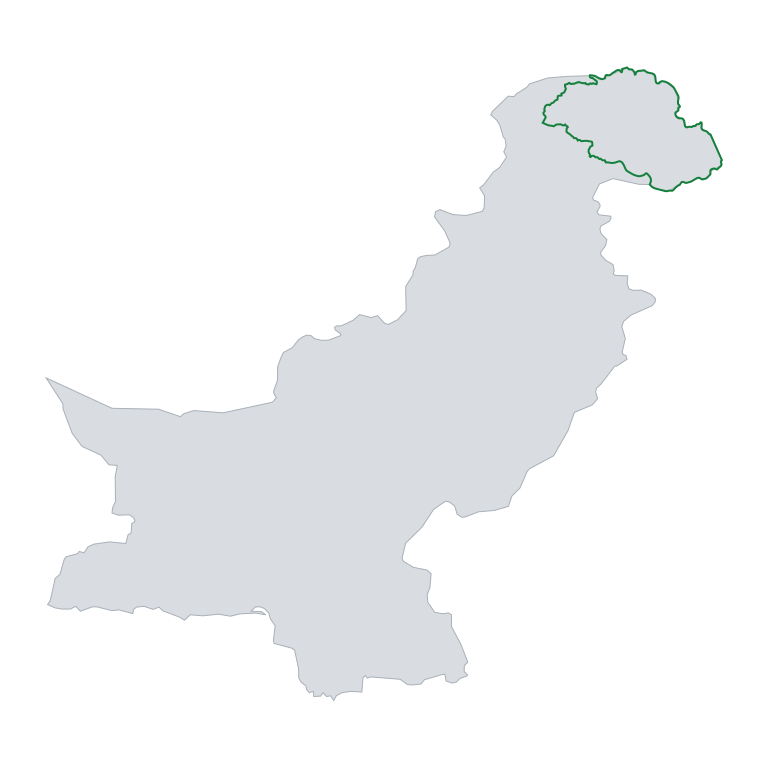 location of Northern Areas within Pakistan
{"feature_id": "PAK-1111", "entity_name": "Northern Areas", "entity_type": "Centrally Administered Area", "adm_level": 1, "iso_a3": "PAK", "parent_name": "Pakistan", "parent_adm1": "", "projection": "albers", "projection_center": [74.17, 35.776], "detail": "fine", "context": "in_parent", "style": "outline", "palette": "green", "viewbox_px": 768, "rotation_deg": 0, "n_neighbors": 0, "source": "natural_earth", "source_scale": "10m", "svg_char_len": 9391}
<svg xmlns="http://www.w3.org/2000/svg" viewBox="0 0 768 768"><path d="M710.0,133.8L721.9,160.2L720.2,166.0L711.6,170.7L708.3,176.3L704.3,178.8L698.8,178.0L687.6,182.5L682.3,182.5L669.2,190.8L659.0,189.4L648.3,184.5L638.9,184.3L612.9,178.6L599.4,184.0L592.7,197.3L593.3,199.9L597.9,201.7L599.8,204.2L600.1,206.4L597.0,212.0L598.9,214.8L610.8,216.2L611.0,218.3L609.5,221.2L600.9,226.0L599.9,229.2L601.0,233.5L606.9,239.6L605.6,245.6L600.6,252.4L601.0,255.0L605.9,260.5L613.1,264.6L614.2,270.9L613.2,273.4L615.2,275.4L627.8,275.9L627.1,283.1L628.8,288.7L633.1,290.4L641.2,290.1L651.3,294.4L655.5,298.8L655.2,301.9L652.3,305.6L631.2,315.0L623.6,321.4L621.8,326.5L625.3,338.5L622.2,352.0L623.1,354.6L626.0,355.5L627.0,359.3L616.5,366.1L614.8,366.1L600.9,384.2L596.3,388.3L595.6,392.3L597.7,398.6L592.5,404.8L574.4,412.4L567.9,430.8L553.6,455.8L529.4,468.8L527.2,471.4L519.9,488.1L511.9,496.1L508.4,506.4L494.1,510.5L478.6,511.8L465.0,517.0L461.6,517.2L457.1,514.2L454.7,506.0L448.8,501.6L445.1,501.4L433.6,509.4L422.1,527.0L405.7,543.1L402.0,558.2L403.5,561.3L413.3,567.3L427.4,570.2L431.1,573.8L429.9,587.8L427.2,594.5L427.8,602.3L434.7,612.3L442.8,613.8L448.2,612.9L451.6,614.8L451.4,626.5L460.8,644.1L467.8,662.2L464.5,665.4L464.2,667.6L464.2,671.6L467.3,674.5L467.2,675.9L460.0,678.4L456.3,682.1L452.2,683.1L446.1,681.0L444.9,674.3L442.3,674.5L424.5,679.7L420.9,684.1L411.1,685.0L407.1,684.4L400.3,679.3L370.7,676.9L367.4,678.1L365.4,675.6L362.9,677.8L361.9,692.1L351.3,691.3L341.9,692.7L336.4,695.7L333.8,700.5L330.6,695.8L326.6,696.5L322.8,692.7L320.7,696.1L313.8,696.5L313.2,691.2L309.3,692.8L306.8,689.8L305.9,686.0L301.1,682.2L298.8,678.1L298.6,668.8L294.6,650.0L291.6,648.1L274.1,643.5L273.4,640.1L275.2,626.0L270.1,618.3L268.9,613.2L264.5,608.5L260.0,606.8L255.3,607.0L251.1,611.3L261.1,611.5L265.8,614.8L255.5,613.1L239.8,613.9L230.5,616.2L218.5,614.2L202.9,615.8L190.3,614.8L184.5,620.2L179.7,617.2L162.8,610.8L159.0,607.1L153.2,609.4L144.0,606.3L136.5,607.1L133.5,609.5L132.9,613.6L118.9,609.9L111.9,610.6L96.6,606.8L92.5,606.8L80.4,611.2L75.8,606.3L70.5,609.0L62.4,609.1L55.1,607.9L47.6,604.6L50.4,600.1L55.2,578.3L59.9,574.5L64.2,559.5L66.0,556.8L77.4,553.7L79.3,551.5L84.1,552.7L88.1,546.7L94.0,544.1L109.6,541.9L125.8,543.5L128.1,534.7L131.1,533.0L131.8,523.5L134.8,521.6L134.8,520.2L133.1,517.3L129.5,514.8L118.4,515.2L112.0,512.9L112.6,507.8L115.5,501.3L115.2,476.9L117.3,465.4L109.0,464.8L101.0,455.2L82.0,446.4L72.2,433.3L63.1,409.1L62.9,403.8L46.1,377.9L112.0,408.3L158.5,409.2L180.4,416.7L183.8,413.7L193.6,410.6L223.3,412.8L272.5,402.2L276.4,397.6L273.9,393.7L273.8,390.5L277.4,380.6L277.7,366.7L281.0,357.5L283.5,352.4L292.2,347.8L298.4,339.9L302.8,336.8L306.8,335.1L311.1,335.7L314.6,338.7L321.6,340.4L328.5,340.1L340.7,335.6L340.6,333.9L335.2,329.9L334.6,327.3L336.7,325.9L341.4,325.8L353.3,320.2L359.6,314.6L371.1,317.6L377.6,315.6L384.8,323.6L388.4,324.4L397.5,319.8L406.1,310.6L405.7,286.5L413.0,274.8L413.2,270.9L415.3,267.7L417.7,258.7L420.5,256.7L426.1,255.5L434.9,255.0L449.1,247.0L450.2,243.2L444.6,230.7L434.5,216.9L435.6,211.6L439.9,209.6L453.0,214.6L466.2,215.5L482.4,211.3L484.1,207.9L484.6,195.9L479.7,187.9L483.8,184.7L493.3,172.0L499.8,167.3L506.6,157.0L503.8,151.8L506.1,146.1L505.2,139.3L503.2,136.8L499.9,125.3L496.7,120.1L490.7,114.9L492.7,111.1L508.2,96.2L514.2,96.6L516.2,94.0L527.0,87.1L529.4,83.9L547.6,78.0L566.8,76.4L592.2,75.6L602.6,78.6L624.4,68.4L627.9,68.4L635.6,72.4L642.0,70.7L645.5,71.3L653.3,74.1L656.5,82.6L657.9,83.2L662.3,81.5L665.9,82.3L674.5,89.0L678.2,99.5L678.1,109.9L675.7,113.8L676.0,115.7L682.3,118.8L685.5,126.2L689.6,127.0L701.3,123.0L701.9,128.6L710.0,133.8Z" fill="#d9dde1" stroke="#a8b0b8" stroke-width="1"/><path d="M678.2,95.7L678.6,97.6L678.0,101.5L678.0,103.4L678.3,104.1L679.3,105.4L679.7,106.0L679.9,106.8L679.4,107.3L678.7,107.6L678.2,108.2L678.1,108.8L678.5,109.6L678.4,110.2L678.2,110.5L678.0,110.8L676.0,112.1L675.5,112.6L675.3,113.4L675.5,115.0L676.4,116.6L677.7,117.7L678.9,118.3L681.9,118.4L683.1,119.0L684.1,120.8L684.5,122.6L684.7,124.6L685.1,126.3L686.2,127.3L687.1,127.3L689.0,126.8L689.9,126.7L690.7,126.8L691.3,127.0L691.9,127.0L693.4,126.0L694.1,125.9L694.8,126.1L695.5,125.9L695.8,125.6L696.2,124.8L696.6,124.4L697.0,124.3L697.5,124.2L698.4,124.2L699.3,123.9L700.7,122.3L701.4,122.5L701.8,124.1L701.4,128.0L702.2,129.6L703.5,130.3L706.4,131.3L707.7,132.3L708.7,133.6L709.2,134.1L709.9,134.5L710.5,134.5L721.9,160.2L721.7,160.4L720.9,161.4L721.1,162.6L721.5,163.9L721.3,165.4L720.7,166.2L718.3,168.2L717.6,169.1L717.1,169.5L716.5,169.4L715.4,168.8L714.4,168.5L712.9,168.7L711.6,169.2L710.6,170.0L710.3,171.1L710.5,173.7L710.2,174.6L706.6,178.2L706.1,178.5L702.7,179.4L702.0,179.4L701.4,179.1L699.6,177.9L698.1,177.7L696.6,178.3L691.1,181.6L686.9,182.8L685.6,182.9L683.0,181.8L681.6,182.2L681.0,182.8L680.2,184.2L679.7,184.9L679.4,185.0L678.3,185.4L675.8,187.4L673.5,189.9L672.7,190.5L672.0,190.8L670.3,190.6L669.4,190.6L667.1,191.2L665.3,191.1L654.8,188.4L653.1,187.6L651.5,186.5L650.9,185.7L650.3,184.8L649.8,184.5L649.9,184.0L650.8,181.7L651.0,180.1L650.7,178.5L650.0,177.0L649.0,175.7L647.2,173.7L646.3,173.3L645.6,173.5L644.2,174.8L643.4,175.3L641.9,175.6L640.9,176.0L639.7,176.2L637.9,176.1L635.4,175.4L632.7,174.3L627.2,171.1L626.1,170.1L625.3,168.5L623.7,164.9L622.7,163.3L621.6,162.0L620.4,161.4L619.4,161.2L617.3,161.8L614.9,162.7L611.6,163.0L608.0,162.4L605.9,162.4L605.9,162.1L605.7,161.8L605.1,161.3L605.0,161.1L605.0,160.9L605.1,160.5L605.0,160.4L604.9,160.3L604.1,160.3L602.4,160.2L602.2,160.1L601.2,159.2L601.1,158.9L600.9,158.8L600.7,158.7L600.0,158.8L599.7,158.8L599.4,159.0L599.1,158.9L598.9,158.8L598.0,157.6L596.9,157.2L596.5,157.1L595.8,157.4L595.6,157.4L595.4,157.3L594.6,156.4L593.9,156.0L593.4,155.9L593.1,155.8L592.1,155.8L591.7,156.0L590.9,156.8L590.7,156.9L590.5,157.0L590.4,157.0L590.2,156.9L590.0,156.7L589.7,156.3L589.7,156.0L589.7,155.8L589.8,155.6L589.9,154.8L589.9,154.6L589.8,154.4L588.7,152.3L588.6,152.1L588.6,151.8L588.7,150.4L588.7,150.0L588.7,149.8L588.9,149.4L589.8,147.9L590.2,146.9L590.8,146.4L591.8,145.9L592.2,145.7L592.4,145.6L592.5,145.5L592.5,145.4L592.4,144.8L592.2,142.8L592.2,142.7L592.0,141.9L591.5,141.6L586.4,140.8L583.9,140.9L581.4,141.2L579.9,140.1L579.0,139.9L577.7,140.5L577.2,139.5L577.0,139.0L576.6,138.6L576.3,138.4L576.0,138.2L575.6,138.1L575.3,138.1L574.5,138.2L573.8,138.0L573.7,137.9L573.4,137.3L573.3,137.1L573.0,136.8L571.5,135.8L570.6,134.8L567.0,132.3L566.7,132.1L566.6,131.8L566.5,131.6L566.5,130.9L566.7,128.4L566.8,128.2L567.6,127.4L567.8,127.2L567.7,126.8L567.6,126.6L566.4,125.8L566.0,125.5L565.4,124.9L565.3,124.6L565.2,124.5L564.9,124.6L564.6,125.0L564.2,125.3L563.8,125.4L563.4,125.4L563.0,125.4L562.4,125.2L562.1,125.0L561.7,124.8L561.2,124.5L560.9,124.4L560.6,124.3L556.7,124.5L556.1,124.7L554.6,125.6L554.1,126.2L553.5,126.2L551.9,125.8L548.2,125.3L542.7,122.8L545.6,117.6L545.7,117.4L545.4,116.5L545.3,116.1L545.1,115.8L543.9,114.7L543.7,114.3L543.6,114.1L543.5,113.7L543.4,113.4L543.4,113.2L543.5,112.7L544.7,111.2L544.7,110.9L544.7,110.6L544.3,109.9L544.4,109.0L544.9,107.0L545.0,106.7L545.2,106.4L545.4,106.1L545.8,105.7L546.1,105.4L546.6,105.0L547.2,104.8L547.6,104.7L548.0,104.7L548.4,104.8L549.5,105.2L549.9,105.1L550.8,103.9L551.0,103.7L551.7,103.2L552.3,102.9L552.9,102.8L553.1,102.7L553.6,102.4L555.0,100.7L555.4,100.4L555.7,100.2L556.9,99.9L557.2,99.7L557.5,99.4L557.6,99.1L557.6,98.9L557.6,98.3L557.6,97.1L557.8,96.2L558.0,96.0L558.4,95.8L559.2,95.7L560.3,95.7L561.3,95.6L561.5,95.5L561.6,95.3L561.7,95.0L561.6,94.7L561.3,94.0L561.3,93.8L561.4,93.6L561.7,93.5L563.7,92.7L564.3,92.3L564.6,91.8L564.7,91.5L564.8,90.9L564.9,90.6L565.5,89.8L565.8,89.2L565.9,88.9L565.8,88.5L565.2,86.9L565.0,86.3L565.0,85.2L565.0,84.8L565.1,84.6L566.0,84.4L567.3,84.1L567.7,83.9L568.9,83.0L569.1,82.9L569.3,82.9L569.7,83.2L570.3,83.8L570.5,83.9L570.7,84.0L571.7,83.8L572.7,83.7L573.4,83.8L573.7,83.8L574.4,83.6L578.4,82.1L578.9,82.2L579.9,82.4L582.2,83.1L582.4,83.2L583.3,83.1L583.7,83.1L583.9,83.2L584.2,83.3L584.4,83.3L584.6,83.3L585.2,83.0L585.4,83.0L585.5,83.1L585.8,83.6L586.1,83.9L586.2,84.1L586.4,84.2L586.6,84.2L587.7,84.2L587.9,84.3L588.4,84.5L588.6,84.5L588.8,84.5L589.2,84.2L590.0,83.5L590.3,83.4L590.5,83.4L590.8,83.5L591.6,83.9L591.8,83.9L592.0,83.9L592.8,83.3L593.0,83.3L593.4,83.3L594.6,83.7L595.4,84.0L596.2,84.2L596.4,84.2L596.7,84.0L596.7,83.8L596.7,83.1L596.7,82.9L596.9,82.5L596.9,82.2L596.7,81.3L596.5,81.0L596.0,80.6L593.8,79.1L593.3,78.5L592.8,78.2L592.4,78.0L590.9,77.8L590.6,77.6L590.2,77.4L590.0,77.1L589.9,76.9L589.8,76.3L589.9,75.3L592.3,75.4L594.7,75.9L595.9,76.4L599.0,78.4L600.2,78.7L601.3,79.1L602.5,79.1L604.8,78.4L605.1,77.9L605.3,76.2L605.6,75.6L606.1,75.1L606.8,75.0L609.3,75.3L610.3,74.9L612.1,73.4L615.4,71.3L616.4,70.5L618.0,70.0L618.8,70.0L619.6,70.2L619.9,70.5L620.6,71.5L621.3,72.2L621.9,72.0L622.2,70.5L622.4,70.1L622.4,69.7L622.3,69.4L622.1,69.1L622.9,68.7L625.4,68.1L626.8,67.5L627.4,67.6L627.9,68.4L629.0,69.3L631.8,69.4L633.1,70.4L634.2,72.1L634.5,72.7L634.7,74.1L634.9,74.6L635.5,74.4L635.7,73.9L636.0,72.5L636.4,71.9L637.0,71.5L637.6,71.2L639.0,70.8L640.4,70.8L643.7,70.3L644.5,70.4L645.0,70.8L646.1,71.7L647.4,72.5L652.0,73.4L653.5,74.0L654.6,75.0L655.2,76.5L655.5,78.3L655.6,80.3L655.9,82.1L656.8,83.3L659.1,83.4L659.4,83.1L659.5,82.6L659.7,82.1L662.1,81.1L665.2,81.7L668.3,83.1L670.7,84.8L673.1,86.9L674.1,88.1L678.2,95.7Z" fill="none" stroke="#15803d" stroke-width="2"/></svg>